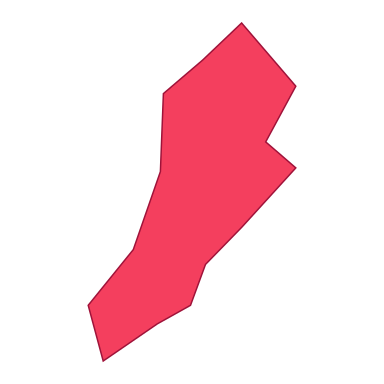 an SVG outline of Paola
{"feature_id": "MLT-5958", "entity_name": "Paola", "entity_type": "state/province", "adm_level": 1, "iso_a3": "MLT", "parent_name": "Malta", "parent_adm1": "", "projection": "albers", "projection_center": [14.504, 35.872], "detail": "fine", "context": "isolated", "style": "filled", "palette": "rose", "viewbox_px": 384, "rotation_deg": 0, "n_neighbors": 0, "source": "natural_earth", "source_scale": "10m", "svg_char_len": 307}
<svg xmlns="http://www.w3.org/2000/svg" viewBox="0 0 384 384"><path d="M241.7,227.3L205.5,264.4L190.5,305.3L157.4,323.8L103.2,361.0L88.2,305.3L133.3,249.6L160.4,171.6L163.4,93.6L202.5,60.2L241.6,23.0L295.8,86.2L265.7,141.9L295.8,167.9L241.7,227.3Z" fill="#f43f5e" stroke="#9f1239" stroke-width="1.5"/></svg>